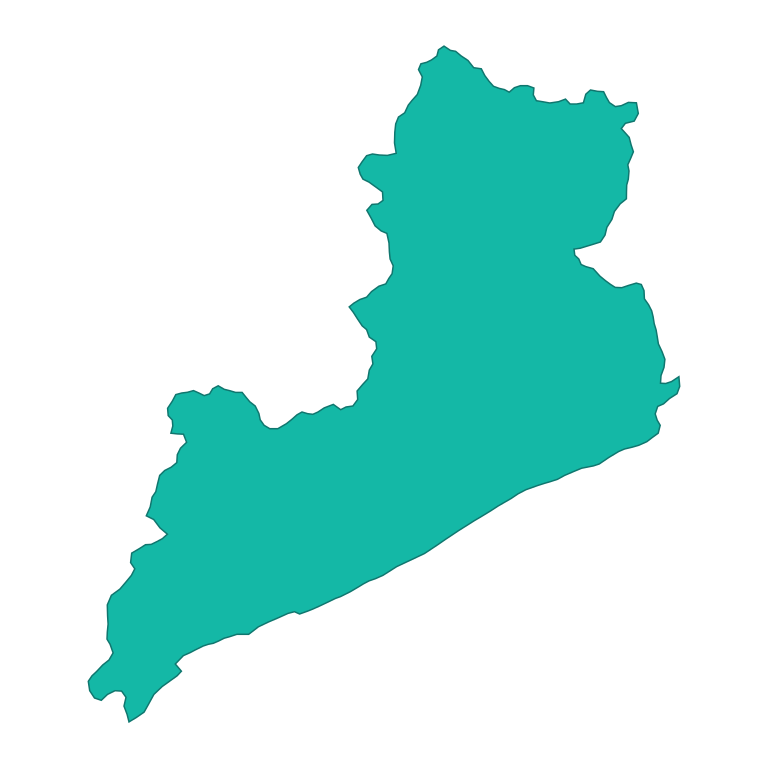 Além Paraíba, Minas Gerais, Brazil
{"feature_id": "56859067B92322164563840", "entity_name": "Além Paraíba", "entity_type": "district", "adm_level": 2, "iso_a3": "BRA", "parent_name": "Brazil", "parent_adm1": "Minas Gerais", "projection": "natural_earth1", "projection_center": [-42.758, -21.827], "detail": "fine", "context": "isolated", "style": "filled", "palette": "teal", "viewbox_px": 768, "rotation_deg": 0, "n_neighbors": 0, "source": "geoboundaries", "source_scale": "gbopen_adm2", "svg_char_len": 3946}
<svg xmlns="http://www.w3.org/2000/svg" viewBox="0 0 768 768"><path d="M634.2,121.1L638.3,113.5L636.4,102.8L628.4,102.4L621.3,105.7L615.3,106.6L609.4,102.6L606.4,97.4L603.6,91.7L597.4,91.3L590.5,90.0L585.8,94.2L583.4,102.8L576.7,104.0L570.1,104.0L565.5,99.1L558.6,101.7L549.8,103.0L542.5,101.7L536.4,100.7L533.3,94.9L533.9,88.0L527.6,85.7L520.4,85.7L514.4,87.7L509.2,92.2L504.5,89.6L499.3,88.4L493.5,86.3L489.2,81.5L484.8,75.6L481.3,68.8L473.7,67.7L468.0,60.5L461.1,55.9L455.6,51.3L450.4,50.4L444.0,46.1L438.5,49.8L436.9,56.0L431.4,60.0L426.7,62.3L420.9,63.8L418.5,69.6L422.3,76.9L420.7,85.3L417.3,94.5L411.8,100.7L408.3,105.1L404.7,112.8L398.5,117.0L395.7,123.9L394.8,132.4L394.5,142.9L396.2,153.3L387.4,155.4L379.2,155.0L372.5,154.0L366.6,155.7L362.2,161.6L358.3,167.5L360.2,174.2L363.0,179.2L369.0,182.1L374.8,186.3L382.5,191.9L383.0,200.4L378.0,204.0L372.0,204.4L366.8,210.3L371.5,218.8L375.1,225.9L381.1,230.9L386.9,233.4L389.0,243.0L389.4,252.0L390.1,259.0L393.2,265.8L392.1,273.7L388.8,278.5L385.8,283.9L378.9,286.2L371.5,291.6L366.6,297.2L359.9,299.5L353.9,303.1L349.2,306.9L353.3,312.3L357.7,319.2L362.2,325.9L366.6,329.6L369.3,337.1L375.9,341.7L376.7,348.8L371.8,356.3L372.9,363.9L369.3,370.1L367.8,378.9L362.9,384.2L357.1,391.0L357.7,399.5L352.9,406.0L346.0,407.0L340.7,409.7L333.3,404.4L324.2,407.9L318.0,412.0L312.9,414.3L307.7,413.7L302.0,412.0L297.0,414.8L291.8,419.4L286.4,423.7L277.8,428.7L269.8,428.7L264.1,425.3L260.2,419.8L258.9,413.5L255.2,406.0L249.8,401.8L246.2,397.5L242.1,392.4L235.5,392.4L229.8,390.7L224.2,389.3L218.2,385.8L212.7,388.7L209.6,393.9L204.2,395.6L198.9,393.0L193.5,390.6L187.4,392.3L181.7,393.0L175.8,394.6L172.3,401.2L167.6,408.3L168.2,415.6L172.3,420.0L172.8,426.0L170.9,433.2L177.2,433.9L183.5,434.2L186.6,442.3L180.5,448.2L177.3,454.7L176.8,462.6L171.2,467.2L164.7,470.5L159.7,475.4L157.5,484.1L155.8,491.7L152.1,497.2L150.2,507.0L146.3,515.8L153.7,519.5L160.0,527.9L167.4,534.2L162.3,538.7L156.7,541.7L151.2,544.4L145.5,544.7L139.4,548.6L131.7,553.1L130.6,562.6L134.8,568.8L131.4,575.4L125.7,582.3L119.9,589.1L111.4,595.3L107.3,604.9L107.6,615.9L108.1,624.1L107.3,632.2L107.0,639.1L110.1,644.3L113.1,652.9L109.0,660.0L102.7,665.0L96.6,671.5L92.0,675.8L88.3,681.3L89.7,690.7L94.5,698.0L101.3,700.3L107.5,694.4L115.0,690.7L121.6,691.1L126.0,697.3L124.0,706.1L127.1,714.4L129.0,721.9L136.6,717.3L144.1,712.1L147.7,705.7L153.9,694.4L162.2,686.5L171.8,679.6L177.1,675.8L181.4,671.2L175.3,664.0L183.4,655.6L190.2,652.6L195.1,650.0L203.2,646.0L208.3,644.3L213.3,643.3L218.6,641.0L224.2,638.2L229.3,636.8L236.9,634.3L243.0,634.3L248.7,634.3L258.4,626.8L268.2,622.1L278.7,617.6L288.0,613.4L294.5,611.7L299.6,614.0L307.7,611.1L312.7,609.1L320.7,605.5L335.5,598.4L340.5,596.6L350.3,591.7L358.6,586.8L363.5,583.8L369.0,580.9L375.6,578.6L383.0,575.3L396.7,566.6L424.5,553.5L437.9,544.6L445.4,539.4L458.6,530.6L474.6,520.5L480.9,516.8L491.5,510.3L498.1,506.0L503.1,503.1L511.1,498.5L517.9,493.9L525.9,489.7L537.7,485.5L544.9,483.2L549.8,481.8L557.5,479.3L564.6,475.4L573.7,471.5L581.7,468.2L593.4,465.9L599.2,464.0L608.9,457.4L618.7,451.5L624.5,449.0L632.1,447.2L638.7,445.3L646.8,441.7L652.0,437.7L658.2,433.2L660.2,425.3L657.2,420.2L655.2,413.9L657.7,406.4L663.5,403.9L669.5,398.5L677.0,393.7L679.7,386.4L678.9,376.7L671.5,381.6L665.7,383.5L660.5,383.2L661.0,375.6L664.0,367.4L664.9,359.3L662.1,351.8L658.4,343.9L657.2,336.4L656.1,329.9L654.2,323.7L653.1,316.7L651.7,310.9L648.6,304.8L644.4,298.8L644.0,290.6L641.3,284.5L636.3,283.1L628.6,285.4L621.8,287.7L615.2,287.4L610.5,284.4L605.6,280.8L600.0,276.2L593.2,268.7L585.8,266.6L581.1,264.5L578.8,259.0L574.8,255.3L574.0,249.1L580.3,248.2L585.5,246.6L592.1,244.6L600.4,242.0L605.0,235.1L606.9,227.3L611.9,219.4L614.4,211.5L620.2,203.8L626.4,198.8L626.5,191.5L626.7,185.0L628.3,179.2L629.0,171.0L627.8,164.8L630.6,158.5L633.4,151.8L631.1,144.8L629.2,137.4L625.4,133.1L621.3,128.6L625.4,123.3L634.2,121.1Z" fill="#14b8a6" stroke="#0f766e" stroke-width="1.5"/></svg>